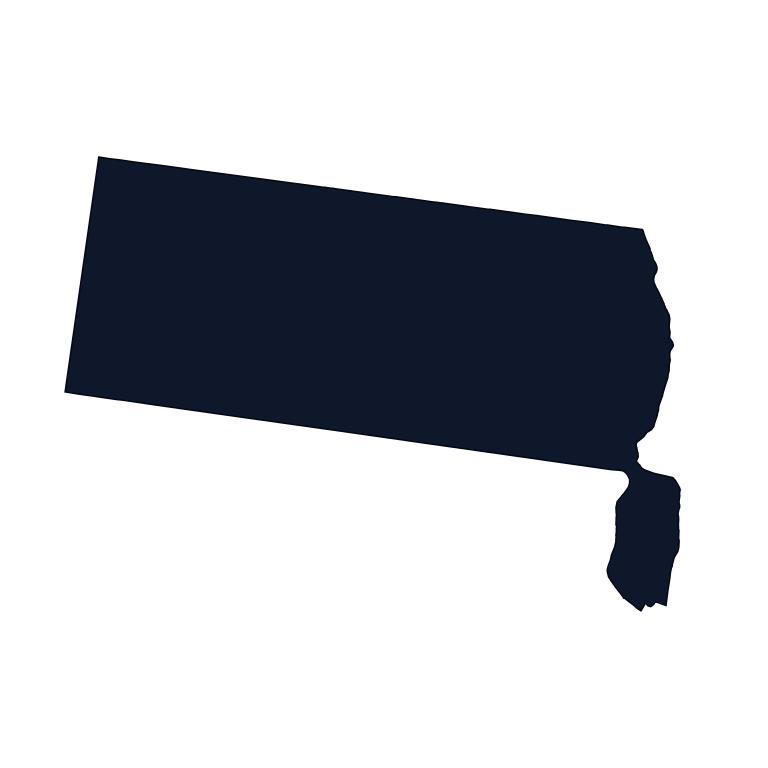 Flores, Petén, Guatemala (orthographic projection), rotated 278°
{"feature_id": "79465075B29101343458737", "entity_name": "Flores", "entity_type": "district", "adm_level": 2, "iso_a3": "GTM", "parent_name": "Guatemala", "parent_adm1": "Petén", "projection": "orthographic", "projection_center": [-89.621, 17.359], "detail": "fine", "context": "isolated", "style": "filled", "palette": "ink", "viewbox_px": 768, "rotation_deg": 278, "n_neighbors": 0, "source": "geoboundaries", "source_scale": "gbopen_adm2", "svg_char_len": 2950}
<svg xmlns="http://www.w3.org/2000/svg" viewBox="0 0 768 768"><g transform="rotate(278 384 384)"><path d="M572.9,618.5L572.9,617.9L572.7,600.1L572.4,597.8L572.6,582.9L572.3,581.7L572.5,566.6L572.1,546.8L572.1,511.1L571.8,500.6L571.8,464.2L571.5,463.0L571.5,455.3L571.4,445.7L571.4,416.3L571.1,414.0L571.4,413.0L571.1,406.3L571.1,368.6L570.8,368.1L570.7,344.6L570.6,306.8L570.8,305.6L570.5,304.9L570.6,297.5L570.4,296.7L570.1,253.3L569.5,161.8L569.5,139.0L569.1,106.9L569.2,91.9L568.9,81.2L569.1,70.0L331.8,69.3L331.5,82.7L331.4,122.5L331.6,126.1L331.4,161.5L331.3,253.2L331.3,345.0L331.1,436.9L331.0,528.7L330.8,620.6L331.3,628.6L331.3,632.0L331.0,633.4L329.7,635.7L328.0,637.6L326.1,639.0L323.8,640.4L321.3,640.9L319.3,640.9L316.0,640.4L309.4,637.1L306.7,635.2L305.0,634.4L300.1,631.3L294.0,630.9L287.6,632.1L286.9,632.5L284.3,632.5L276.9,633.3L276.1,633.8L274.6,634.2L272.4,634.2L270.8,634.6L266.3,634.7L265.9,635.0L260.0,635.5L254.7,635.1L246.1,633.0L240.8,632.7L236.0,631.5L231.6,630.9L228.9,631.3L227.0,632.1L224.3,633.2L220.7,636.3L220.0,636.9L215.0,641.6L213.4,643.2L207.3,649.5L206.4,650.5L205.3,651.0L205.3,652.0L204.2,654.2L203.7,655.0L202.9,656.2L202.4,657.1L201.3,659.2L199.5,662.3L197.0,666.0L195.1,670.0L196.4,670.7L198.0,671.3L202.8,673.1L203.2,673.5L203.2,673.9L201.1,676.2L200.6,679.0L201.9,680.5L203.4,681.8L205.9,682.9L205.9,684.9L204.9,689.3L203.9,694.1L218.7,693.9L231.0,694.1L232.1,694.1L235.5,693.9L241.2,694.1L243.9,694.8L245.5,694.7L251.6,695.4L253.3,695.8L258.9,698.2L262.9,698.7L269.8,698.1L272.2,697.2L280.3,696.4L281.0,695.9L286.5,695.0L290.5,694.7L293.7,694.1L296.5,693.2L301.2,693.5L302.7,694.0L305.7,693.5L306.5,693.0L308.6,692.5L314.3,692.5L317.0,691.9L320.5,692.0L321.3,691.7L322.7,690.9L328.4,686.5L330.9,683.9L331.5,683.0L333.1,664.0L335.1,654.6L335.8,652.4L336.2,652.0L336.6,650.9L339.5,648.3L340.7,646.4L341.2,646.3L341.3,645.9L342.7,644.6L347.2,645.9L351.4,645.0L352.2,644.4L356.5,643.1L357.4,642.5L359.4,642.1L361.4,642.5L367.0,647.7L368.0,648.6L368.4,648.6L368.9,649.2L369.9,649.5L371.5,650.6L372.2,650.6L376.1,655.3L378.3,656.3L378.6,656.7L380.2,657.2L382.3,657.3L391.2,659.0L392.7,658.9L396.5,659.5L398.8,659.2L401.6,659.4L411.5,661.5L412.4,661.4L418.9,662.3L429.9,664.2L433.0,664.0L436.9,664.5L443.0,663.8L447.8,664.1L448.1,663.8L449.6,663.5L449.8,663.3L453.8,662.7L456.9,662.9L458.4,663.8L461.7,665.1L463.0,665.1L463.4,664.7L464.9,664.3L466.0,663.5L469.6,660.3L474.8,660.1L480.2,658.4L483.5,658.2L488.1,658.0L492.1,656.7L496.6,653.7L498.3,652.2L500.0,651.4L501.9,650.2L502.4,650.2L506.7,647.4L507.6,647.1L509.1,645.8L511.2,644.5L516.0,641.3L516.8,640.3L517.3,640.2L521.9,637.3L525.1,636.4L529.3,636.7L532.3,637.9L535.2,638.5L538.6,637.8L539.3,637.2L540.3,636.8L542.1,635.5L545.1,633.1L545.4,633.2L550.6,630.8L552.0,630.0L553.0,628.9L554.7,628.8L555.2,628.2L555.8,628.2L559.2,626.0L562.9,623.7L565.8,622.1L568.7,620.6L570.8,619.7L572.9,618.5Z" fill="#0f172a" stroke="#020617" stroke-width="1.5"/></g></svg>